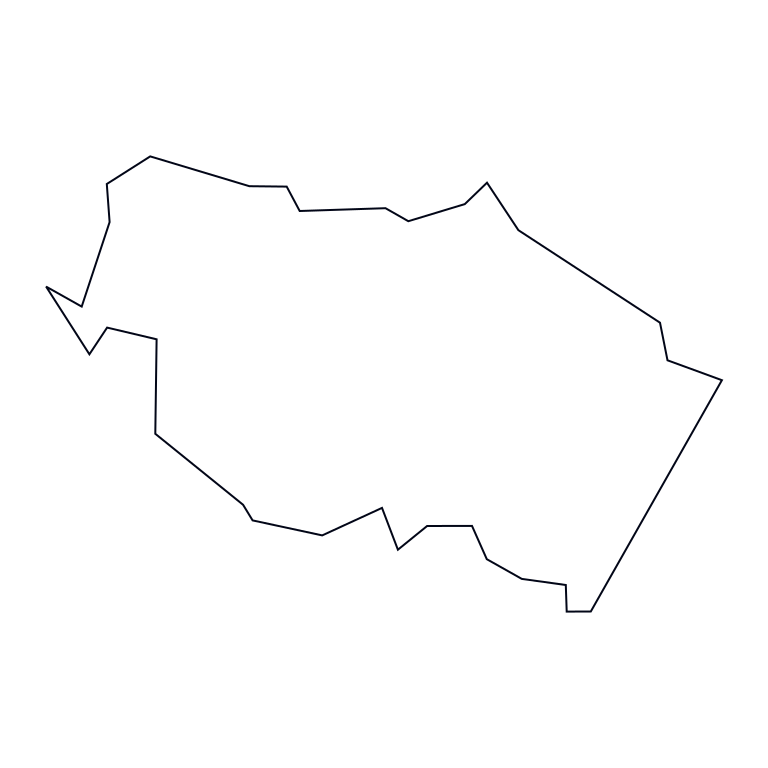 Powell, Kentucky, United States of America
{"feature_id": "52423323B38899235476803", "entity_name": "Powell", "entity_type": "district", "adm_level": 2, "iso_a3": "USA", "parent_name": "United States of America", "parent_adm1": "Kentucky", "projection": "natural_earth1", "projection_center": [-83.843, 37.824], "detail": "fine", "context": "isolated", "style": "outline", "palette": "ink", "viewbox_px": 768, "rotation_deg": 0, "n_neighbors": 0, "source": "geoboundaries", "source_scale": "gbopen_adm2", "svg_char_len": 520}
<svg xmlns="http://www.w3.org/2000/svg" viewBox="0 0 768 768"><path d="M487.0,182.7L464.8,204.1L408.3,221.2L385.5,208.2L299.7,211.0L286.7,186.6L249.4,186.2L150.2,156.4L106.8,184.0L109.6,222.1L81.7,306.6L46.1,286.6L89.4,354.3L107.1,327.6L156.6,339.3L155.3,433.8L243.1,504.8L252.6,520.4L322.2,535.4L382.0,507.9L397.9,549.7L427.1,526.0L472.0,525.9L486.8,559.2L521.8,578.9L565.8,585.0L566.7,611.6L590.8,611.5L721.9,380.2L667.5,360.3L660.0,322.7L518.4,230.2L487.0,182.7Z" fill="none" stroke="#020617" stroke-width="2"/></svg>